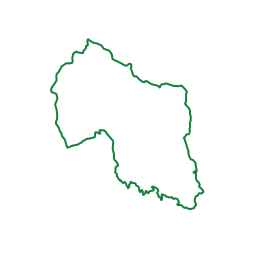 map outline of Sakon Nakhon (Equal Earth projection), rotated 162°
{"feature_id": "THA-447", "entity_name": "Sakon Nakhon", "entity_type": "Province", "adm_level": 1, "iso_a3": "THA", "parent_name": "Thailand", "parent_adm1": "", "projection": "equal_earth", "projection_center": [103.778, 17.422], "detail": "fine", "context": "isolated", "style": "outline", "palette": "green", "viewbox_px": 256, "rotation_deg": 162, "n_neighbors": 0, "source": "natural_earth", "source_scale": "10m", "svg_char_len": 5767}
<svg xmlns="http://www.w3.org/2000/svg" viewBox="0 0 256 256"><g transform="rotate(162 128 128)"><path d="M80.3,43.9L80.7,43.9L81.2,43.7L81.8,42.9L82.6,42.2L83.9,42.2L84.3,42.1L84.9,41.6L85.7,40.6L86.5,39.4L87.1,38.0L87.2,36.9L86.8,34.5L87.0,34.1L87.2,33.7L88.7,33.0L89.0,32.6L89.8,31.7L90.2,31.4L90.5,31.4L91.7,31.6L93.2,31.5L94.0,31.7L96.2,33.2L96.8,33.7L96.9,34.1L97.3,34.3L97.7,34.5L98.6,34.5L99.0,34.7L99.3,35.0L101.4,38.4L101.6,38.6L102.0,38.8L104.0,39.1L104.4,39.3L104.6,39.6L104.7,39.9L104.6,40.2L104.1,40.6L103.1,41.0L102.7,41.3L102.5,42.2L102.8,44.2L102.9,44.8L103.1,45.2L104.4,46.2L104.9,46.5L106.2,46.5L106.8,46.7L107.2,47.0L107.2,47.9L107.5,48.4L108.0,48.8L109.5,48.9L110.2,49.2L110.6,49.4L111.2,50.0L112.2,50.5L112.7,51.0L113.6,52.3L114.6,53.4L115.4,54.0L116.1,54.3L116.5,54.2L116.7,53.8L116.9,51.8L117.1,50.9L117.4,50.3L117.7,49.9L118.3,49.2L118.6,49.3L118.7,49.6L118.4,51.1L118.5,51.5L118.8,52.0L119.7,52.4L120.0,52.9L120.2,53.4L119.9,54.2L119.9,54.7L119.9,55.2L120.4,56.9L120.3,57.3L120.1,57.6L118.9,58.5L118.7,58.8L118.5,59.2L118.5,60.1L118.8,60.9L119.3,61.5L121.3,63.9L122.4,64.5L122.9,64.6L123.4,64.5L123.5,64.1L123.4,63.7L122.7,62.3L122.6,61.8L122.6,61.4L123.2,60.8L123.9,60.8L126.2,61.2L126.8,61.2L127.4,60.9L128.6,59.8L128.9,59.8L129.2,60.0L129.4,60.3L129.6,61.4L129.8,61.9L130.2,62.4L130.5,62.5L130.8,62.3L131.4,61.2L131.7,60.7L132.3,60.3L133.4,59.8L133.9,59.7L134.3,59.9L134.4,60.2L133.9,61.7L133.7,63.3L133.8,64.3L134.2,64.7L134.5,64.7L135.4,63.8L135.9,63.4L136.2,63.4L136.4,63.7L136.5,64.7L136.5,65.8L136.1,67.7L136.2,68.7L136.4,69.1L136.8,69.8L137.9,70.8L138.0,71.1L138.0,72.7L138.4,73.2L139.0,73.6L140.4,74.2L141.1,74.7L141.5,75.2L141.8,75.8L142.0,75.8L142.3,75.7L143.1,74.4L144.5,73.7L144.6,73.3L144.8,71.8L146.4,70.9L147.0,73.2L147.2,75.8L147.5,77.0L147.8,77.6L148.2,77.7L148.5,77.6L149.2,77.2L149.5,77.1L149.7,77.3L150.7,78.6L150.9,79.7L151.1,80.6L151.4,80.8L152.0,80.7L152.3,81.2L152.6,82.0L152.9,83.9L153.2,84.8L153.3,85.6L153.3,86.3L152.9,87.3L152.8,88.0L153.1,88.5L153.5,88.8L153.7,89.2L153.8,89.8L152.2,93.8L151.8,94.3L151.4,94.7L150.6,95.0L149.3,95.2L149.0,95.5L148.8,95.9L148.8,96.5L149.6,99.7L149.8,100.2L150.3,100.9L150.6,101.8L150.7,102.3L150.7,103.2L150.5,104.2L149.8,106.2L149.4,107.7L149.2,110.1L149.2,111.3L148.9,113.2L146.6,118.7L146.3,119.7L146.4,120.8L150.0,129.5L150.4,131.3L150.7,131.9L151.0,132.5L151.9,133.3L153.3,133.6L154.3,134.4L155.2,134.6L155.7,134.5L156.0,134.2L156.2,133.8L156.2,133.3L156.0,131.9L156.0,131.5L156.2,131.3L156.6,131.3L157.3,131.8L158.4,133.0L159.1,133.5L159.6,133.8L160.3,133.8L160.6,133.6L160.9,133.2L161.5,131.2L161.9,130.3L162.5,129.7L163.0,129.5L163.4,129.5L166.3,129.9L168.3,129.8L170.5,130.4L171.0,130.3L172.2,129.9L175.0,129.6L176.5,128.6L176.9,128.5L178.3,128.4L180.0,127.9L181.5,127.8L185.4,128.3L191.2,128.0L191.6,128.0L191.8,128.9L191.9,130.5L191.7,134.6L191.9,137.6L192.8,139.2L193.1,140.1L193.2,140.8L193.0,143.2L193.1,144.0L193.2,144.6L193.6,145.5L193.8,146.7L193.7,149.5L193.8,150.1L194.1,151.2L194.8,152.9L195.1,154.2L194.7,155.8L193.7,157.3L193.0,158.1L192.3,159.2L192.0,160.1L190.7,164.8L190.1,169.0L190.2,171.7L190.1,172.5L189.8,173.2L188.1,175.2L187.1,176.6L186.5,177.2L186.1,177.9L185.8,178.9L185.7,181.4L185.8,182.4L186.1,183.1L187.4,183.9L189.5,185.8L189.6,186.2L189.4,188.1L188.2,189.8L181.6,194.9L181.0,196.2L180.1,199.6L179.3,201.2L178.6,201.7L177.8,202.0L176.3,203.0L172.1,207.0L167.4,208.5L165.8,208.4L164.2,207.6L163.2,207.5L161.2,207.3L160.7,207.5L160.3,208.1L159.8,209.4L159.4,211.6L158.9,212.7L157.8,214.5L156.7,215.9L153.5,216.6L151.8,215.0L149.7,214.2L148.5,213.3L147.9,213.2L147.5,213.4L146.6,215.0L145.5,215.7L144.4,216.2L143.4,217.0L142.8,218.5L142.5,219.0L142.0,219.1L141.4,218.9L141.0,219.0L140.6,219.3L140.3,220.3L139.7,223.5L139.1,224.5L138.7,224.6L138.3,224.5L137.4,223.0L135.9,221.4L134.9,220.0L131.5,218.1L128.0,214.9L127.6,214.2L127.0,212.1L126.7,211.2L125.6,210.1L122.7,208.1L122.3,207.7L121.7,206.5L121.3,205.6L120.9,204.1L120.7,202.4L120.9,201.3L121.3,199.8L121.4,199.2L121.4,198.7L121.0,198.0L120.4,197.2L117.5,194.7L116.5,193.5L114.3,191.5L113.2,190.1L111.7,188.6L110.8,188.0L110.0,187.7L109.2,187.9L107.7,188.5L106.8,188.6L106.2,188.4L105.8,188.1L105.5,187.7L105.4,187.3L105.6,186.2L106.1,184.8L106.9,184.2L106.8,177.7L106.6,176.2L106.2,175.3L105.9,175.1L104.9,174.9L104.3,174.6L103.7,174.0L102.1,170.5L100.9,168.9L99.5,167.1L98.9,166.7L98.3,166.5L97.5,166.7L96.8,167.2L96.2,167.0L95.4,166.4L92.5,162.9L91.2,161.8L87.7,159.7L86.5,158.7L85.9,158.0L85.3,156.8L85.1,156.8L84.5,157.8L83.9,158.3L83.3,158.7L82.6,159.0L81.7,159.0L80.3,158.5L79.2,158.7L78.4,158.7L77.7,158.4L71.2,153.7L69.1,153.1L67.8,152.4L67.0,152.2L64.4,151.8L63.9,151.5L63.5,151.2L62.9,149.6L61.6,147.1L61.0,145.1L60.9,144.5L61.0,144.0L61.5,143.3L62.2,142.5L62.6,141.8L63.0,139.8L63.8,137.8L64.1,136.5L64.4,135.7L64.9,135.0L65.7,134.2L66.1,133.6L66.1,132.9L66.0,132.4L64.4,129.0L63.9,127.6L63.7,126.7L63.6,126.0L63.8,125.1L64.4,123.4L64.7,121.9L64.8,119.1L65.5,117.6L65.9,116.1L66.0,115.7L67.5,114.1L67.7,113.7L68.6,110.0L68.7,109.6L69.7,108.4L70.1,106.0L70.9,104.6L71.6,103.7L72.3,103.3L73.0,103.4L74.0,103.8L74.8,103.6L75.1,103.3L75.8,102.5L76.3,102.0L77.0,101.7L77.7,101.6L77.9,101.3L77.7,100.0L77.7,97.9L77.6,94.5L77.9,91.6L77.6,88.6L77.7,87.6L78.5,84.3L78.5,82.4L78.3,80.3L77.8,78.5L77.5,78.4L77.2,78.4L76.6,78.0L76.0,77.2L74.9,75.0L74.6,73.9L74.6,73.1L75.2,72.2L75.4,68.8L75.8,67.7L75.8,66.6L75.8,66.1L76.0,65.7L76.5,65.3L76.8,65.5L77.2,66.0L77.4,66.2L79.3,65.6L79.3,65.3L79.2,65.1L77.8,64.2L77.6,63.8L77.7,63.3L77.8,62.9L78.1,61.1L79.0,59.0L78.9,56.9L78.0,55.3L77.4,53.2L77.3,52.2L77.4,51.6L78.1,51.2L78.4,50.9L78.4,50.5L78.1,49.4L76.9,47.6L76.1,45.6L76.0,44.7L76.1,44.0L77.0,43.4L78.2,43.1L79.3,43.4L80.3,43.9Z" fill="none" stroke="#15803d" stroke-width="2"/></g></svg>